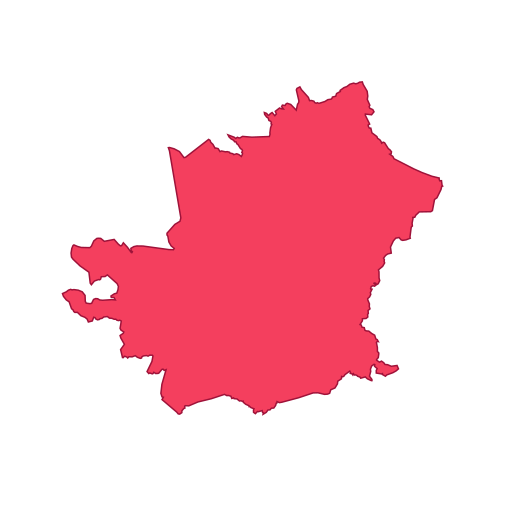 outline of Mambasa, Orientale, Democratic Republic of the Congo, rotated 348°
{"feature_id": "63176286B5401694360976", "entity_name": "Mambasa", "entity_type": "district", "adm_level": 2, "iso_a3": "COD", "parent_name": "Democratic Republic of the Congo", "parent_adm1": "Orientale", "projection": "mercator", "projection_center": [28.693, 1.532], "detail": "fine", "context": "isolated", "style": "filled", "palette": "rose", "viewbox_px": 512, "rotation_deg": 348, "n_neighbors": 0, "source": "geoboundaries", "source_scale": "gbopen_adm2", "svg_char_len": 6099}
<svg xmlns="http://www.w3.org/2000/svg" viewBox="0 0 512 512"><g transform="rotate(348 256 256)"><path d="M147.1,394.3L148.5,394.8L150.9,393.8L151.3,392.0L153.8,390.1L154.8,390.0L155.0,388.1L155.7,387.7L159.1,388.6L168.9,386.7L182.7,386.3L196.4,384.8L198.6,386.6L199.6,386.5L202.3,387.9L202.7,390.3L204.6,390.1L204.9,391.0L207.6,391.8L209.7,394.4L211.3,394.5L212.6,395.5L213.2,395.3L213.3,396.6L215.1,398.9L218.0,401.0L217.9,401.9L218.7,402.1L219.6,403.3L222.3,405.0L221.5,406.1L221.1,408.4L222.6,410.1L225.1,408.4L226.0,408.8L229.9,408.5L229.9,410.3L230.6,410.9L230.0,412.3L233.5,411.1L235.7,409.1L237.7,409.4L239.4,408.1L241.8,408.4L244.1,406.3L245.2,404.2L245.8,404.2L246.3,402.8L248.4,404.3L250.8,404.4L268.3,403.5L283.4,401.8L288.2,402.7L294.3,405.6L297.4,406.0L299.5,405.6L301.3,402.4L305.8,401.5L309.1,398.0L309.9,395.5L314.0,393.9L314.7,391.6L315.7,392.2L316.9,391.9L318.4,390.5L323.8,388.1L324.2,389.8L323.8,390.4L325.5,391.3L326.0,392.5L326.8,391.4L327.6,392.9L328.7,393.0L330.1,394.0L330.3,394.7L332.5,396.0L333.0,397.3L337.8,397.0L339.4,399.3L342.9,401.9L343.5,402.0L343.7,400.8L342.0,397.1L344.2,392.8L344.4,390.5L346.3,387.6L348.9,386.5L349.6,386.9L349.0,388.5L351.1,391.3L349.8,393.0L349.3,395.5L354.1,397.4L355.2,397.3L355.0,398.2L357.6,400.5L359.2,399.5L365.7,398.6L369.2,397.5L371.9,396.0L371.2,392.4L365.4,392.0L362.2,389.7L359.6,388.9L358.8,387.0L356.9,384.9L354.7,385.5L352.3,383.0L352.4,382.4L354.5,380.8L355.8,377.2L355.9,376.2L354.9,374.6L355.7,370.9L355.8,365.6L357.0,364.7L357.8,365.1L357.2,363.0L356.0,362.1L355.6,358.1L353.1,355.9L350.7,352.9L348.3,352.2L347.1,351.3L347.0,348.6L344.8,347.6L344.6,345.4L343.5,344.7L346.6,341.5L347.0,339.5L350.7,340.0L352.7,338.9L353.0,336.3L353.9,335.6L354.3,332.6L356.5,331.4L356.3,328.9L357.0,326.4L356.2,322.0L356.4,320.9L358.6,319.6L360.3,317.4L360.2,315.6L362.6,312.6L361.3,312.1L361.3,311.7L362.4,309.8L364.2,309.4L365.7,310.2L366.9,309.6L367.2,309.1L365.7,307.4L366.0,307.0L367.4,307.5L368.1,309.1L369.8,308.5L371.9,305.8L371.8,303.1L373.0,297.1L372.9,295.0L377.8,292.4L380.4,289.5L380.2,287.9L380.8,286.2L380.3,284.6L382.9,282.4L385.2,281.4L388.9,281.3L389.4,275.2L393.5,269.8L396.4,267.6L399.8,267.7L401.3,270.4L402.7,271.2L406.1,271.4L410.6,270.7L410.5,269.6L413.5,261.0L414.0,259.9L415.2,259.2L415.5,256.4L417.4,251.9L417.4,250.9L419.4,251.1L420.7,249.4L424.9,246.8L436.2,249.0L438.0,248.3L442.4,237.8L445.1,236.7L450.8,229.4L452.1,226.6L453.1,226.4L452.7,225.6L453.1,220.9L451.4,220.7L451.1,219.0L451.4,217.8L444.7,214.6L435.6,208.8L428.2,203.4L411.2,189.6L410.6,187.1L408.0,184.2L409.5,184.0L410.2,182.2L409.0,179.8L407.8,178.6L405.3,171.9L404.0,171.1L402.4,171.8L402.1,169.9L401.3,168.1L399.4,166.2L399.1,164.3L395.0,159.6L394.9,154.8L393.4,154.4L392.9,152.7L392.9,151.2L394.6,150.6L392.2,141.1L392.5,139.9L398.4,141.9L401.4,139.5L400.7,137.1L398.0,135.1L397.7,133.5L398.7,132.2L397.4,126.0L398.6,122.8L399.0,118.0L396.5,110.5L396.2,107.8L393.4,107.5L391.4,108.2L389.4,108.3L387.4,107.2L383.5,107.5L380.2,109.1L377.0,109.6L372.7,111.5L372.7,112.6L368.6,113.8L367.2,116.3L363.8,116.4L363.0,117.7L362.0,118.2L358.8,118.0L355.5,119.2L349.3,119.8L347.8,118.8L346.6,119.1L345.3,118.1L344.8,116.6L342.5,115.4L340.7,115.2L340.2,111.7L335.0,102.7L334.1,99.7L330.9,100.6L330.0,101.9L330.2,113.3L329.5,115.0L328.2,116.2L325.7,121.7L321.5,115.0L318.3,113.1L317.1,113.4L315.7,114.8L313.2,113.9L312.1,115.2L313.4,117.9L311.4,117.3L309.8,116.1L304.9,118.5L305.5,121.3L303.6,122.7L301.6,119.0L299.5,119.8L298.5,120.7L297.2,120.9L296.0,118.7L294.0,117.4L293.9,119.3L295.3,122.3L296.6,123.6L296.8,126.1L298.4,127.3L298.8,128.5L298.2,129.9L298.8,130.6L296.9,133.6L295.1,138.7L295.2,139.6L293.9,141.9L276.6,138.9L267.7,136.2L265.0,137.1L263.9,137.0L262.5,136.0L260.6,136.8L259.4,135.3L253.8,131.7L254.4,134.0L255.9,136.2L258.2,138.2L258.8,139.8L260.2,140.2L260.6,142.3L261.5,143.2L263.2,147.8L264.3,148.7L264.7,150.2L263.6,151.8L264.2,152.6L263.9,153.6L262.4,155.6L260.3,153.2L258.4,152.0L255.3,152.2L254.6,151.1L251.9,149.9L251.7,149.0L249.5,147.9L247.9,147.8L244.1,146.1L242.5,146.4L241.3,143.1L239.1,142.0L238.4,142.1L237.1,137.9L235.4,135.4L235.1,133.3L233.9,132.1L207.6,144.8L206.0,144.8L202.8,137.9L198.2,134.1L194.0,131.9L192.8,131.8L193.2,135.1L190.4,203.1L188.9,206.2L183.2,208.2L173.7,215.2L173.3,216.9L173.9,218.2L173.7,224.2L175.1,228.5L177.6,231.6L176.6,232.7L172.1,231.6L147.6,222.8L141.5,221.4L138.5,221.4L135.2,222.5L135.0,225.0L136.0,226.0L135.4,226.9L134.8,226.8L132.0,220.6L129.0,215.5L126.7,217.9L125.5,217.9L123.8,215.8L120.7,210.3L110.7,210.1L107.8,206.5L105.7,205.9L104.0,205.7L100.5,207.5L97.0,212.2L95.2,213.3L86.8,211.3L83.5,209.6L80.2,207.3L79.2,207.7L77.4,210.3L75.7,214.7L75.3,218.7L76.4,221.2L81.9,229.2L89.2,237.1L88.2,248.1L89.0,249.9L92.7,246.9L97.0,246.3L98.2,246.8L99.1,246.4L100.4,244.1L104.1,244.7L106.7,243.6L114.4,254.1L115.1,257.1L114.0,260.2L112.1,263.4L109.6,263.5L105.8,265.0L105.8,266.4L108.5,267.1L109.3,269.7L105.8,268.7L96.7,267.4L94.0,266.5L92.3,264.9L90.3,264.3L88.1,264.7L85.4,268.1L83.7,268.1L80.1,266.8L79.6,264.8L80.6,259.0L78.6,254.9L75.1,252.5L70.9,251.0L69.0,250.9L67.8,250.1L65.4,250.4L63.0,251.6L58.9,252.5L59.3,255.5L61.3,259.5L63.7,262.0L64.6,269.2L65.9,270.8L66.2,272.4L67.1,273.5L69.6,274.0L72.3,278.0L75.9,280.4L77.7,282.6L78.3,285.7L82.4,285.5L84.5,282.2L85.7,282.8L86.2,284.3L87.7,285.5L89.6,285.5L90.4,284.9L92.4,285.0L94.4,284.0L98.0,284.3L99.7,286.3L102.1,287.0L104.1,288.4L105.8,288.7L106.5,289.8L108.0,290.6L109.4,290.5L110.7,291.6L108.0,298.5L108.5,300.4L110.9,302.8L110.1,304.0L106.5,305.5L106.7,308.1L108.9,315.0L104.1,319.4L104.3,327.6L105.2,327.8L106.2,326.8L106.8,326.8L108.7,328.0L109.3,329.1L110.8,328.1L113.9,328.9L117.2,328.4L118.9,330.4L121.6,332.1L122.8,332.0L123.2,331.1L125.0,330.3L128.2,330.6L129.6,331.5L131.5,330.9L134.0,331.5L134.4,332.4L132.3,337.5L125.4,346.4L126.7,348.7L127.7,348.3L130.0,349.7L130.8,349.6L131.9,348.5L133.4,350.1L135.9,350.5L136.7,350.3L140.3,347.4L141.5,347.3L142.4,348.8L144.4,348.5L137.3,361.9L134.4,370.6L134.8,374.3L136.0,374.9L134.2,376.9L146.0,392.2L147.1,394.3Z" fill="#f43f5e" stroke="#9f1239" stroke-width="1.5"/></g></svg>